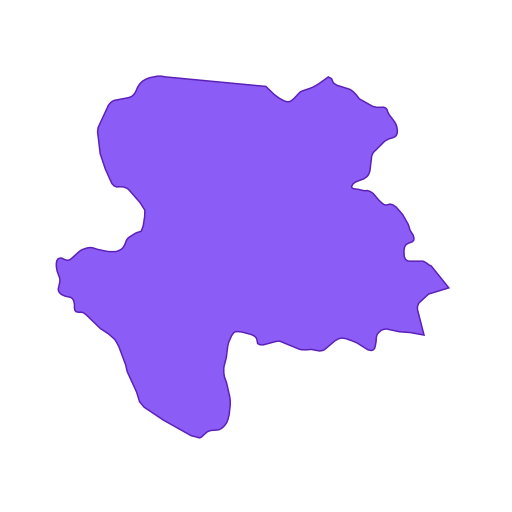 an SVG outline of Saraburi, rotated 280°
{"feature_id": "THA-415", "entity_name": "Saraburi", "entity_type": "Province", "adm_level": 1, "iso_a3": "THA", "parent_name": "Thailand", "parent_adm1": "", "projection": "orthographic", "projection_center": [100.926, 14.549], "detail": "fine", "context": "isolated", "style": "filled", "palette": "violet", "viewbox_px": 512, "rotation_deg": 280, "n_neighbors": 0, "source": "natural_earth", "source_scale": "10m", "svg_char_len": 3321}
<svg xmlns="http://www.w3.org/2000/svg" viewBox="0 0 512 512"><g transform="rotate(280 256 256)"><path d="M416.6,134.9L424.7,236.3L418.1,246.0L415.4,251.6L413.6,256.9L413.3,260.0L413.9,262.3L415.1,263.9L418.0,266.3L424.5,270.5L425.8,271.7L426.8,273.3L430.7,280.4L432.5,283.2L436.4,287.8L444.9,296.1L443.8,299.6L439.8,302.2L438.2,306.1L436.4,319.7L434.7,323.3L432.1,326.8L428.7,330.5L423.6,345.0L423.4,349.3L424.7,355.9L424.2,358.1L423.0,359.6L420.6,360.8L418.1,362.8L412.2,369.2L409.8,371.1L407.5,372.3L403.9,373.5L401.1,373.7L399.0,373.2L397.5,372.0L396.3,370.3L394.6,366.9L393.5,365.3L392.4,363.9L391.1,362.6L378.5,353.7L376.5,352.9L374.4,352.6L359.8,353.4L357.4,353.1L355.3,352.5L353.6,351.6L350.8,348.9L346.9,342.3L345.5,340.5L343.8,339.0L340.9,338.0L339.6,338.9L339.2,340.8L339.4,345.2L339.1,349.9L339.2,352.1L339.8,354.2L339.4,357.1L337.9,360.6L332.7,366.8L330.3,370.3L328.8,373.3L328.8,375.3L329.5,377.1L330.4,378.9L330.1,381.9L328.5,385.6L322.3,393.2L313.5,400.5L308.0,403.3L303.9,407.1L300.9,408.5L298.8,408.6L297.2,407.5L296.2,406.0L295.3,404.2L294.1,402.7L292.7,401.4L290.1,400.7L286.8,400.8L281.1,402.1L278.6,403.9L277.5,406.1L277.6,408.2L279.9,421.2L279.5,423.0L278.8,424.9L277.1,428.3L276.7,430.2L258.1,451.4L248.5,432.6L237.9,424.5L234.4,423.8L231.6,424.2L207.3,435.2L207.4,421.4L206.3,410.3L206.8,397.2L206.0,394.6L204.6,392.2L201.3,389.7L199.4,388.9L197.0,388.6L192.5,389.1L187.7,389.1L185.5,388.8L183.8,387.6L182.9,385.8L183.1,382.4L188.0,370.4L189.0,366.1L190.2,359.1L190.2,356.7L190.0,354.3L188.7,351.5L186.2,348.5L175.5,339.6L174.4,337.7L173.5,335.1L173.6,326.6L172.2,321.4L171.6,317.0L171.7,314.9L176.1,294.9L176.2,293.4L175.3,290.5L169.7,278.5L169.3,275.0L170.1,272.8L173.8,271.4L175.4,270.4L176.6,268.9L177.3,267.0L177.9,264.7L178.7,255.1L178.4,251.4L177.8,248.5L176.1,247.1L173.3,245.8L166.3,244.1L162.3,243.8L150.8,244.4L141.8,243.7L139.6,243.8L135.3,244.6L131.5,245.9L126.3,248.9L113.3,254.4L109.4,255.7L104.7,256.5L95.1,257.1L90.3,256.8L86.6,256.0L85.3,255.4L83.5,254.5L81.3,253.0L79.8,251.4L78.5,249.7L77.8,247.6L76.4,242.1L75.4,240.0L74.2,238.3L68.2,233.7L67.1,232.1L67.8,223.3L78.3,193.3L87.6,172.2L92.2,166.7L101.3,162.0L119.8,149.2L126.1,146.6L142.9,136.7L146.9,133.6L149.4,131.3L153.6,124.4L157.5,115.4L168.8,98.7L170.3,95.5L170.2,93.3L169.8,91.0L169.9,88.3L171.2,87.0L173.6,86.1L176.5,85.7L180.2,84.3L182.1,82.7L183.1,80.6L183.3,75.1L184.3,71.1L185.7,68.9L187.4,67.5L189.4,67.0L196.5,67.3L198.6,67.0L200.3,66.4L206.7,62.7L211.3,61.1L214.3,60.6L217.0,60.7L218.9,61.6L219.8,63.1L220.2,64.9L219.2,68.6L219.0,70.7L219.5,72.5L220.5,73.9L229.7,81.1L231.1,82.5L232.2,83.9L234.1,87.3L234.9,89.1L235.5,91.1L235.7,93.4L235.5,95.5L235.0,98.7L234.7,108.1L234.8,110.5L236.0,117.2L236.9,119.0L238.0,120.6L239.1,122.0L240.6,123.2L242.4,124.1L244.4,124.8L248.7,125.6L250.6,126.4L252.2,127.5L257.4,133.2L258.4,134.7L260.4,138.6L266.0,139.7L275.4,139.5L281.8,138.6L288.5,132.5L299.3,119.1L300.2,117.3L300.7,115.4L301.0,113.3L300.4,109.0L299.8,106.9L300.3,104.3L302.3,101.5L315.5,92.5L329.7,84.8L350.9,78.4L355.1,78.2L378.8,84.5L380.7,85.5L382.3,86.6L383.6,87.9L384.7,89.5L389.8,103.0L390.8,104.7L391.9,106.2L393.5,107.4L395.2,108.3L397.4,109.1L401.7,110.1L405.3,111.6L408.5,113.9L410.9,116.7L413.0,120.0L416.0,127.7L416.7,131.5L416.6,134.9Z" fill="#8b5cf6" stroke="#5b21b6" stroke-width="1.5"/></g></svg>